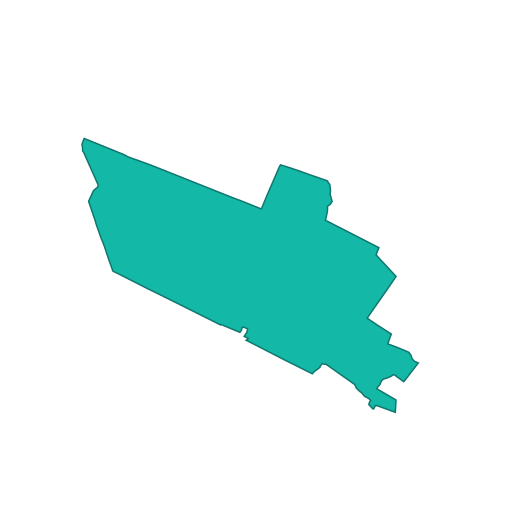 outline of Plopii-Slavitesti, Teleorman, Romania, rotated 220°
{"feature_id": "2599482B4381153451423", "entity_name": "Plopii-Slavitesti", "entity_type": "district", "adm_level": 2, "iso_a3": "ROU", "parent_name": "Romania", "parent_adm1": "Teleorman", "projection": "equal_earth", "projection_center": [24.675, 43.97], "detail": "fine", "context": "isolated", "style": "filled", "palette": "teal", "viewbox_px": 512, "rotation_deg": 220, "n_neighbors": 0, "source": "geoboundaries", "source_scale": "gbopen_adm2", "svg_char_len": 1963}
<svg xmlns="http://www.w3.org/2000/svg" viewBox="0 0 512 512"><g transform="rotate(220 256 256)"><path d="M167.2,341.4L225.7,328.0L227.2,330.8L230.1,336.3L233.2,340.2L232.3,343.5L232.7,346.7L239.2,351.1L240.4,353.3L242.4,355.5L245.4,358.2L247.7,358.6L249.5,359.5L256.6,356.8L267.6,352.6L274.7,350.0L285.7,345.8L295.8,341.6L295.5,339.6L286.7,310.0L284.4,302.7L282.1,295.5L288.1,293.5L300.8,289.4L310.1,286.1L394.8,258.1L418.0,249.6L421.7,249.0L463.2,235.6L462.3,232.9L461.2,229.9L460.8,229.3L459.3,228.1L458.7,227.7L456.3,225.0L454.8,224.7L441.3,218.1L425.3,210.3L422.6,209.0L422.2,208.5L421.7,207.4L421.7,206.1L422.5,202.0L422.2,200.3L421.0,196.3L419.5,190.5L418.6,189.8L414.0,187.0L412.7,186.2L409.7,184.4L406.9,182.7L406.3,182.3L403.5,180.7L398.2,177.2L389.2,171.9L384.7,169.3L383.6,168.8L382.5,168.2L378.5,166.0L374.2,163.4L373.4,162.8L364.9,157.7L357.9,153.6L356.4,152.7L356.2,152.5L354.9,152.6L352.9,153.2L336.5,157.0L318.0,161.3L296.9,166.5L256.8,176.1L238.9,180.4L239.0,181.0L222.9,186.0L219.2,187.2L219.6,190.2L220.8,192.6L219.1,193.9L217.9,194.0L215.8,194.9L215.1,194.0L214.0,191.7L213.4,186.8L209.0,187.9L209.0,186.6L209.4,185.1L207.4,185.6L167.0,194.8L137.1,202.0L137.1,205.0L136.2,208.4L135.4,211.8L136.0,212.6L136.1,216.3L135.2,216.5L134.0,217.1L132.7,218.1L97.7,221.0L94.1,219.3L89.9,218.9L87.1,219.1L82.6,218.3L80.1,218.9L77.3,219.3L75.3,219.0L75.2,217.8L75.0,216.6L74.5,215.7L74.1,214.7L72.2,214.5L71.8,214.5L71.4,214.4L69.5,214.1L68.1,214.1L67.6,214.4L67.9,216.2L68.5,217.9L67.4,219.0L64.8,220.0L48.8,225.8L56.2,235.7L78.4,231.9L78.5,237.3L79.6,240.9L79.3,243.6L77.1,246.9L75.2,250.7L74.5,253.3L73.5,253.9L62.0,254.7L62.3,263.9L62.8,275.2L62.9,278.4L64.9,277.8L67.0,277.2L68.6,277.4L70.2,277.6L73.2,279.4L77.0,280.5L88.3,277.0L98.6,273.4L102.2,283.2L118.5,281.1L130.9,279.8L132.0,291.6L133.1,304.5L134.9,323.8L135.6,330.4L158.4,333.2L160.8,333.5L164.7,334.1L166.4,338.9L167.2,341.4Z" fill="#14b8a6" stroke="#0f766e" stroke-width="1.5"/></g></svg>